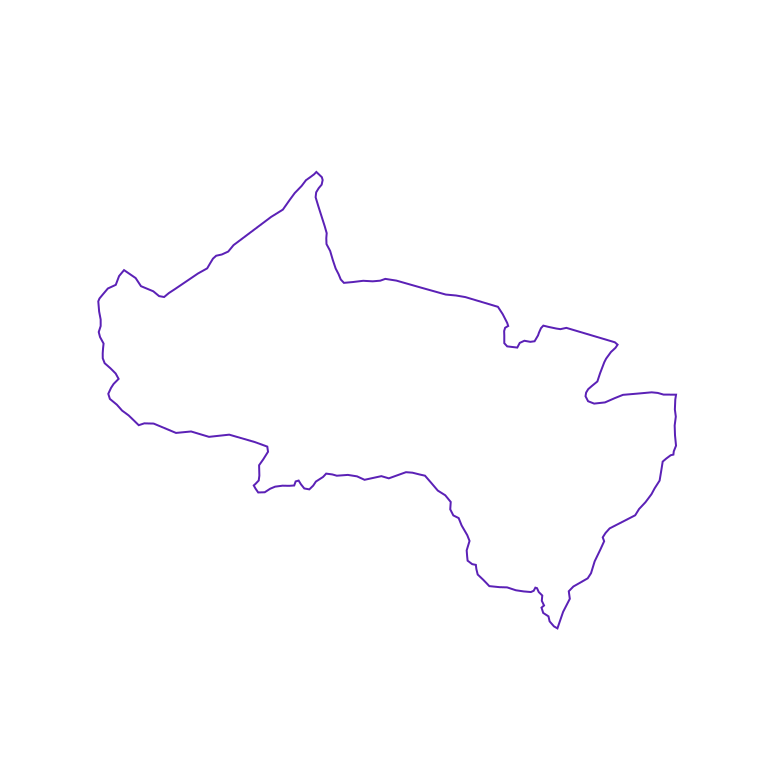 outline of Santa Rosa, Canelones, Uruguay, rotated 197°
{"feature_id": "84410073B29555831228815", "entity_name": "Santa Rosa", "entity_type": "district", "adm_level": 2, "iso_a3": "URY", "parent_name": "Uruguay", "parent_adm1": "Canelones", "projection": "albers", "projection_center": [-56.067, -34.521], "detail": "fine", "context": "isolated", "style": "outline", "palette": "violet", "viewbox_px": 768, "rotation_deg": 197, "n_neighbors": 0, "source": "geoboundaries", "source_scale": "gbopen_adm2", "svg_char_len": 2971}
<svg xmlns="http://www.w3.org/2000/svg" viewBox="0 0 768 768"><g transform="rotate(197 384 384)"><path d="M681.4,379.5L677.6,370.0L673.8,362.8L671.9,356.6L672.0,350.3L669.3,345.9L664.0,340.7L663.1,336.0L662.0,331.2L660.5,326.4L657.2,322.2L650.3,319.1L643.7,315.6L639.3,311.3L642.6,305.0L643.9,300.5L644.8,294.0L641.8,289.6L633.4,286.1L626.7,282.0L619.0,279.3L606.5,272.9L601.7,276.3L592.7,278.8L568.6,276.4L554.6,282.2L535.9,282.3L517.2,290.3L490.6,290.7L477.3,290.0L475.1,285.3L477.4,276.8L479.7,269.8L476.4,259.9L475.6,255.1L477.7,250.9L478.9,248.9L476.4,246.5L472.6,243.5L466.4,245.6L462.2,250.6L458.1,254.0L451.3,257.1L444.9,258.9L440.2,260.7L440.0,265.0L437.4,266.7L434.1,263.8L429.7,260.8L424.6,261.4L422.0,266.1L420.6,270.8L415.1,277.3L413.1,281.4L407.0,282.4L402.3,282.5L392.0,286.5L382.8,287.8L374.6,286.7L359.6,295.1L351.8,295.2L337.2,306.1L330.9,307.5L323.3,307.9L318.0,308.3L310.0,303.3L301.4,297.8L292.9,295.5L285.7,290.7L284.0,283.5L279.3,278.6L273.4,277.6L268.4,271.4L260.2,263.8L256.3,258.9L256.3,249.1L254.1,243.5L252.4,239.5L247.0,237.5L243.3,237.9L241.6,234.1L238.7,229.2L231.7,225.7L224.2,221.5L214.1,223.5L206.8,225.5L197.6,225.3L189.7,226.5L182.7,228.0L180.4,230.0L179.7,233.5L178.0,233.5L175.2,230.3L170.8,228.0L169.7,222.8L166.2,219.0L168.0,216.2L164.8,211.6L158.8,209.9L156.2,205.4L150.6,201.9L146.7,201.0L146.1,218.5L143.5,232.9L146.7,239.8L143.7,245.7L132.4,257.7L130.7,263.6L130.7,276.0L128.7,288.9L127.5,298.0L130.0,301.3L128.6,306.3L126.0,311.9L105.4,331.9L103.5,339.1L99.4,347.4L96.0,356.8L94.7,363.3L92.2,372.2L93.5,382.0L94.8,391.3L92.3,395.2L89.0,399.7L86.6,401.1L87.2,404.3L86.7,410.4L90.7,420.0L93.9,429.3L95.4,438.1L98.4,444.7L100.9,454.3L101.6,459.2L113.5,455.6L119.6,455.5L125.6,454.3L138.6,449.0L152.3,443.5L159.0,438.1L167.3,431.0L177.3,426.7L183.8,427.2L187.7,431.2L188.2,434.9L187.2,438.8L184.5,443.1L180.7,448.8L180.5,457.6L179.7,469.3L179.0,473.2L176.3,481.0L173.2,486.3L172.1,489.9L175.5,491.4L226.0,491.0L231.4,488.0L235.6,487.4L243.4,486.7L248.7,486.4L250.2,483.3L250.8,478.5L250.9,475.5L252.5,468.9L256.4,467.1L262.4,466.4L266.2,463.0L267.2,457.8L277.2,456.0L280.9,458.2L282.1,462.1L283.1,465.4L284.6,469.8L284.6,473.2L282.2,475.8L284.1,478.5L290.9,485.5L297.6,491.1L331.6,490.9L341.0,489.7L351.1,487.6L376.3,487.0L402.4,486.5L413.5,484.9L417.8,481.7L424.8,478.9L434.1,476.6L443.6,472.4L451.9,469.0L455.9,471.3L459.6,475.8L464.0,480.3L469.2,487.6L474.4,495.5L479.9,501.0L481.8,506.5L482.9,511.5L486.8,517.5L498.7,534.7L504.0,542.6L504.9,547.5L503.7,552.2L501.9,556.4L502.3,561.1L503.9,563.6L510.7,567.0L512.1,564.2L514.8,560.5L518.2,556.1L520.7,549.3L525.2,540.5L528.0,532.5L531.7,521.2L540.8,510.8L568.5,472.8L571.7,465.1L577.0,460.4L582.0,457.6L584.2,453.9L585.5,448.8L586.9,442.9L594.2,435.3L611.7,413.6L616.3,408.1L619.7,402.9L624.8,402.3L631.7,405.2L645.0,406.5L652.5,412.7L665.9,416.9L668.9,409.8L669.5,400.4L676.0,394.6L679.1,387.4L681.1,382.6L681.4,379.5Z" fill="none" stroke="#5b21b6" stroke-width="2"/></g></svg>